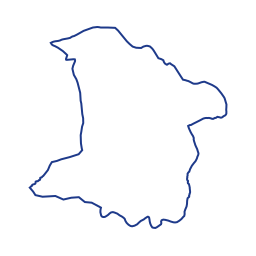 the district of Toomlarn, Saravan, Laos, rotated 192°
{"feature_id": "54806243B58304199894051", "entity_name": "Toomlarn", "entity_type": "district", "adm_level": 2, "iso_a3": "LAO", "parent_name": "Laos", "parent_adm1": "Saravan", "projection": "mercator", "projection_center": [106.21, 16.024], "detail": "fine", "context": "isolated", "style": "outline", "palette": "blue", "viewbox_px": 256, "rotation_deg": 192, "n_neighbors": 0, "source": "geoboundaries", "source_scale": "gbopen_adm2", "svg_char_len": 4651}
<svg xmlns="http://www.w3.org/2000/svg" viewBox="0 0 256 256"><g transform="rotate(192 128 128)"><path d="M54.2,113.2L54.2,114.1L53.7,116.4L53.8,117.9L54.8,119.6L56.0,121.8L57.6,123.9L58.6,125.3L59.5,126.9L60.5,128.6L61.4,130.5L61.6,131.9L62.7,133.6L64.4,135.3L66.1,137.3L68.3,140.3L69.6,142.5L68.2,143.7L67.1,144.0L65.0,145.8L62.0,148.2L59.0,150.6L56.3,152.9L54.5,153.8L53.1,154.2L52.6,154.2L52.3,154.3L51.9,154.4L51.6,154.5L51.2,154.6L50.9,154.7L50.4,154.7L49.8,154.7L49.5,154.7L48.9,154.7L48.4,154.5L48.0,154.5L47.5,154.5L47.2,154.5L46.8,154.7L46.5,154.7L46.2,154.9L46.0,155.1L45.7,155.5L45.3,155.7L45.1,155.9L44.8,155.9L44.5,156.1L44.2,156.2L43.9,156.4L43.6,156.8L43.1,157.2L42.9,157.5L42.4,157.5L41.6,157.5L41.2,157.5L40.4,157.5L39.9,157.4L39.4,157.4L39.1,157.5L38.8,157.6L38.4,157.8L38.1,158.1L37.8,158.4L37.4,158.8L37.3,159.1L37.0,159.4L35.7,160.4L35.0,161.5L34.8,162.5L35.2,164.6L35.7,166.1L36.1,168.8L36.6,171.5L39.7,177.2L40.8,178.4L43.9,181.3L48.0,184.6L49.7,185.8L52.0,186.7L54.8,187.6L62.4,189.1L63.1,189.1L64.1,188.7L65.7,188.0L66.8,187.3L68.4,186.3L69.7,185.7L72.2,185.1L73.2,185.0L74.2,185.2L75.8,185.7L78.0,186.3L79.1,186.5L80.0,186.5L81.8,186.7L84.3,186.7L87.6,190.0L95.5,198.0L98.1,199.0L99.2,199.4L100.2,200.0L101.0,199.8L101.9,199.2L102.9,198.1L103.5,198.0L104.3,198.4L105.2,198.7L106.1,199.5L106.8,200.3L107.5,201.6L108.4,201.9L109.9,202.3L112.8,202.6L118.4,208.5L119.6,209.7L120.8,210.7L122.1,211.5L123.5,212.3L124.8,212.4L126.4,212.4L127.4,212.1L128.4,211.6L129.9,210.8L131.8,209.0L136.7,208.2L140.4,208.6L143.9,210.5L147.2,212.6L155.3,219.1L157.9,221.2L161.4,223.3L168.5,222.1L175.5,220.6L177.2,220.6L179.1,220.4L180.8,219.8L183.2,219.0L191.6,213.8L197.5,208.6L199.9,206.7L201.4,206.0L202.3,205.2L203.4,204.1L205.5,203.1L210.1,201.2L211.4,200.5L212.7,199.5L214.3,198.7L215.4,198.3L216.9,197.8L218.5,197.1L219.7,196.4L221.2,195.2L219.8,193.8L218.3,193.2L216.5,192.9L213.3,192.0L207.7,189.7L203.3,187.1L202.6,186.6L202.7,185.5L203.0,182.6L202.8,182.0L202.1,181.9L195.7,183.9L194.3,184.1L193.9,183.4L193.7,182.2L194.6,177.5L194.7,174.4L192.0,168.7L188.7,165.0L186.7,161.8L182.1,152.5L180.4,146.4L180.0,144.9L178.8,142.3L175.6,132.1L173.9,128.2L173.2,125.2L172.8,123.5L173.2,119.8L172.9,114.6L172.8,111.2L171.5,105.9L170.8,103.1L169.0,98.5L168.2,96.8L170.8,92.1L179.0,87.4L186.8,83.5L190.7,81.0L195.4,78.8L196.7,75.0L197.6,70.2L200.2,64.9L200.4,64.6L200.7,63.9L201.0,63.4L201.5,63.0L202.0,62.0L202.3,61.7L202.7,61.5L203.3,61.2L203.5,60.9L203.5,60.6L203.4,60.4L203.3,60.1L203.3,59.5L203.4,59.0L203.6,58.7L203.9,58.5L204.4,58.4L204.7,57.8L205.0,57.4L205.3,57.1L206.1,57.0L206.7,56.7L207.1,56.4L207.2,56.0L207.1,55.6L207.0,55.0L207.1,54.4L207.5,53.9L208.0,53.6L208.6,53.3L209.1,53.0L209.6,52.7L209.9,52.3L209.9,52.0L209.9,51.5L210.1,51.3L210.5,51.0L210.7,50.7L211.0,50.3L211.2,49.8L211.4,49.6L211.5,49.3L211.6,49.2L207.6,46.1L204.6,43.1L197.3,43.0L184.9,46.4L176.3,44.6L169.0,48.0L161.7,50.1L154.8,46.6L148.0,47.4L137.9,44.5L137.9,42.2L137.5,39.9L136.0,36.7L134.7,35.8L133.5,35.8L132.2,36.2L130.8,37.4L129.3,39.0L128.3,40.5L127.0,41.9L125.3,42.6L123.6,42.5L120.6,42.0L118.0,40.8L115.8,40.2L113.7,39.3L112.4,38.5L111.2,36.6L109.6,34.9L107.4,33.5L105.2,32.7L103.6,32.7L101.3,33.8L99.0,35.7L97.7,37.7L96.2,39.7L93.5,41.9L92.5,43.2L90.9,44.8L90.1,45.4L89.2,45.2L88.7,44.7L87.9,42.8L87.4,41.3L86.4,39.2L85.3,37.6L84.4,36.6L83.5,35.8L82.5,35.7L80.5,35.9L79.3,36.8L77.3,38.9L75.7,40.7L75.6,41.8L76.2,43.5L75.9,44.8L74.5,45.7L72.6,45.9L69.3,45.8L66.8,45.4L64.0,45.2L62.3,45.4L60.5,46.1L58.5,48.0L56.8,50.1L55.5,52.5L54.7,53.6L54.7,55.5L55.3,57.9L55.0,60.4L54.4,63.4L54.5,66.0L55.0,69.0L55.1,71.1L55.1,71.4L55.0,71.7L55.0,71.9L54.8,72.1L54.7,72.3L54.6,72.5L54.4,72.7L54.2,72.9L54.0,73.2L53.9,73.4L53.9,73.6L53.9,73.8L54.0,74.0L54.2,74.4L54.2,74.6L54.2,74.9L54.1,75.1L54.0,75.3L54.0,75.5L54.0,75.8L54.1,76.1L54.1,76.3L54.1,76.6L54.0,76.9L53.9,77.2L53.9,77.4L53.9,77.7L53.9,78.0L54.0,78.5L54.2,79.2L54.3,79.5L54.5,80.1L54.7,80.7L54.8,81.1L55.0,81.5L55.1,82.1L55.2,82.5L55.4,82.9L55.5,83.2L55.7,83.6L56.0,84.3L56.2,84.7L56.4,85.1L56.6,85.4L56.7,85.7L56.9,85.9L57.1,86.1L57.4,86.2L57.6,86.2L57.8,86.3L57.9,86.5L58.0,86.7L58.1,87.0L58.2,87.3L58.2,87.5L58.3,87.8L58.2,88.1L58.2,88.4L58.2,88.6L58.3,88.8L58.6,89.0L58.9,89.2L59.1,89.3L59.3,89.6L59.5,89.9L59.5,90.2L59.6,90.5L59.7,90.8L59.7,91.4L59.7,91.7L59.7,92.0L59.8,92.1L59.9,92.3L59.9,92.5L59.9,93.2L59.9,93.5L59.8,93.8L59.9,94.1L59.9,94.4L60.0,94.7L60.1,95.0L60.2,95.4L60.2,95.6L60.2,95.8L60.0,96.3L59.9,96.6L59.8,96.9L59.6,97.2L59.5,97.5L59.3,97.7L59.1,97.9L59.0,98.0L58.7,100.7L57.7,104.3L56.2,107.5L55.1,109.5L54.4,112.0L54.2,113.2Z" fill="none" stroke="#1e3a8a" stroke-width="2"/></g></svg>